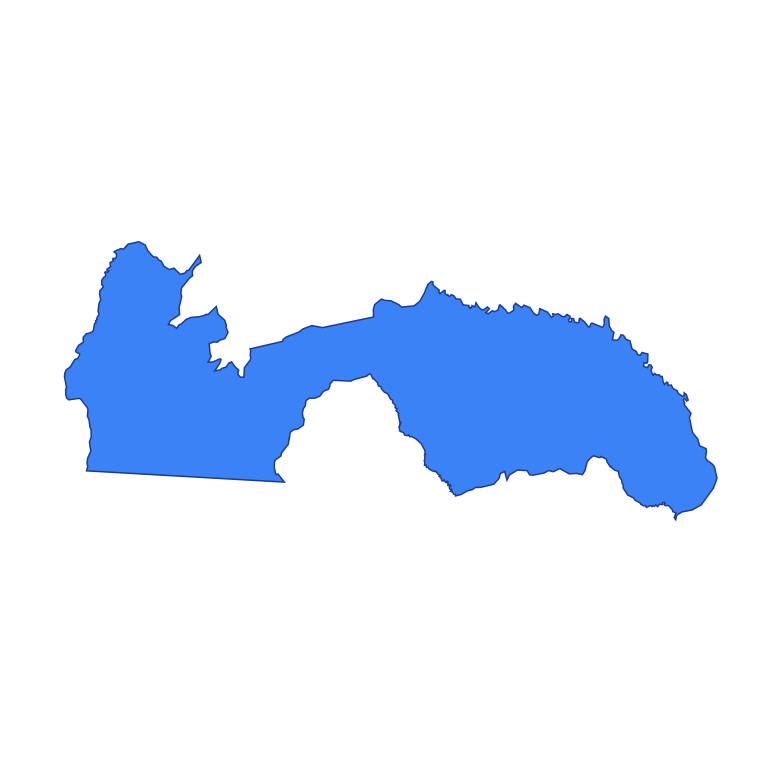 São Félix do Araguaia, Mato Grosso, Brazil, rotated 172°
{"feature_id": "56859067B54991290304343", "entity_name": "São Félix do Araguaia", "entity_type": "district", "adm_level": 2, "iso_a3": "BRA", "parent_name": "Brazil", "parent_adm1": "Mato Grosso", "projection": "robinson", "projection_center": [-52.053, -11.478], "detail": "fine", "context": "isolated", "style": "filled", "palette": "blue", "viewbox_px": 768, "rotation_deg": 172, "n_neighbors": 0, "source": "geoboundaries", "source_scale": "gbopen_adm2", "svg_char_len": 6141}
<svg xmlns="http://www.w3.org/2000/svg" viewBox="0 0 768 768"><g transform="rotate(172 384 384)"><path d="M698.4,412.2L688.2,412.2L686.6,411.5L681.2,402.1L680.7,399.8L682.2,393.3L681.1,389.8L681.2,382.5L680.5,379.3L681.2,372.5L683.8,367.5L683.7,358.2L687.6,352.1L689.1,347.2L688.9,343.5L690.6,339.4L496.3,300.7L501.5,309.6L503.2,309.2L503.7,310.0L504.3,316.9L503.3,322.1L502.1,324.0L496.2,327.0L494.9,330.2L487.2,337.6L483.5,349.3L479.9,351.3L475.4,351.5L469.6,354.5L467.9,360.1L468.9,362.9L468.8,366.8L467.3,370.8L465.0,373.3L463.6,378.4L460.0,380.3L454.3,379.6L449.3,380.9L444.9,385.2L439.8,386.5L437.9,389.3L437.5,391.6L433.7,394.7L416.5,391.5L412.7,392.7L400.3,394.2L397.0,396.0L395.6,395.1L394.2,390.6L393.2,390.5L390.2,386.0L389.8,382.8L387.5,381.8L387.0,379.3L384.8,375.9L381.8,373.9L379.5,367.9L377.6,366.6L378.1,364.5L375.6,361.1L376.3,359.0L374.5,357.6L375.8,356.1L373.5,352.6L374.1,351.6L373.7,344.5L372.7,343.9L373.1,342.6L373.6,343.3L374.4,339.7L375.1,339.7L374.8,335.0L371.5,333.2L370.5,330.4L367.5,329.5L366.5,330.2L365.9,328.2L364.1,328.2L360.2,325.4L355.5,319.9L353.0,313.2L352.7,310.2L353.5,308.9L352.7,308.5L353.9,307.2L353.6,305.2L354.9,302.1L354.4,300.8L355.2,297.9L353.6,298.1L353.5,295.5L352.1,295.6L351.4,293.9L348.5,291.4L345.7,290.1L344.9,290.6L343.1,287.2L341.0,285.7L342.3,284.9L340.8,283.3L340.0,279.9L338.4,279.8L337.9,280.6L336.5,277.9L335.7,277.7L335.3,278.9L334.1,278.0L335.0,275.0L332.5,274.9L332.0,273.7L333.5,274.0L333.7,273.2L333.6,271.1L332.8,270.1L331.6,270.3L331.6,269.2L333.1,268.4L331.4,267.8L330.1,265.1L328.7,264.6L328.8,263.2L322.8,263.9L316.5,266.5L310.9,267.2L307.9,268.8L302.9,268.2L289.2,269.5L283.1,274.6L281.3,279.1L276.7,280.6L275.6,271.7L272.4,276.5L264.0,280.2L254.4,278.3L252.3,273.7L248.8,273.0L237.5,273.6L233.2,275.4L228.6,273.6L221.7,275.8L213.0,269.2L206.1,268.7L200.2,266.6L197.3,269.8L193.6,278.7L190.1,281.9L186.5,283.7L181.1,281.2L179.7,281.2L179.3,282.0L174.3,278.8L174.0,275.9L171.6,270.8L170.9,271.0L170.9,270.1L167.5,266.5L164.2,265.1L163.7,259.1L162.0,255.8L162.1,252.9L161.0,250.5L161.7,247.9L158.1,240.1L152.9,236.6L151.7,234.2L146.6,230.2L146.5,229.2L143.9,227.2L142.2,227.3L141.3,225.3L137.0,226.6L135.6,225.3L134.8,226.1L133.1,225.2L131.7,226.5L130.2,224.5L127.8,226.6L125.3,225.9L124.6,227.8L122.9,227.8L122.2,227.0L123.5,225.9L122.5,224.4L119.1,224.1L116.1,219.5L115.7,217.3L112.8,215.8L115.2,211.4L114.0,209.0L112.4,213.3L106.9,215.8L96.4,216.4L86.7,220.1L72.3,235.0L67.4,244.1L68.3,256.0L70.4,259.4L74.6,263.4L75.9,266.3L74.0,272.5L74.1,275.1L80.1,279.0L80.9,285.8L85.3,293.2L86.2,308.2L84.1,312.3L89.6,321.9L88.9,322.8L89.7,326.9L88.9,327.7L87.8,327.5L86.8,325.0L85.0,325.7L86.1,331.4L88.0,333.5L88.4,330.7L90.0,330.3L94.1,333.8L94.5,336.5L98.4,339.3L99.7,343.0L102.8,343.2L102.8,346.0L103.7,346.5L106.4,344.5L107.3,347.3L107.4,352.8L109.2,353.0L110.3,354.9L112.3,354.9L114.8,356.9L116.0,355.2L116.7,355.5L117.7,360.3L116.0,363.1L117.2,365.8L119.2,366.0L120.8,363.5L124.1,365.1L124.3,366.0L123.6,368.7L120.9,368.0L119.8,369.3L118.5,376.9L124.1,379.3L126.4,376.8L128.9,377.9L129.5,380.9L133.5,384.4L134.4,392.4L138.1,394.6L140.0,398.8L142.4,399.8L145.1,396.0L147.3,394.8L151.7,396.0L149.1,403.1L151.1,405.2L152.9,410.1L152.3,417.6L155.1,420.4L156.9,418.0L157.7,412.3L158.8,410.4L160.2,410.0L169.1,415.1L170.4,415.2L172.4,412.0L173.6,412.1L176.6,417.4L180.7,421.8L181.4,421.6L182.3,418.2L183.5,417.6L186.8,418.9L187.1,422.3L189.3,422.9L189.5,419.7L191.8,419.7L192.3,421.7L190.7,423.4L190.4,425.1L193.1,427.5L195.6,425.7L197.5,425.7L201.9,429.3L204.6,429.0L207.1,430.0L207.0,427.4L209.0,426.8L212.2,432.5L219.2,436.9L221.0,431.6L223.4,430.8L226.1,433.5L228.9,439.4L234.5,442.6L236.5,440.7L237.9,441.3L242.4,445.6L244.9,443.1L245.3,438.9L250.1,436.8L251.7,436.9L253.5,440.7L258.0,446.2L258.8,446.0L260.9,441.3L264.4,440.3L266.5,441.5L271.0,439.1L273.3,440.5L269.2,443.7L270.8,445.9L275.0,443.6L277.2,444.2L279.3,446.7L281.6,451.6L283.4,447.7L285.9,449.4L286.8,447.4L288.1,447.0L287.9,447.9L289.2,448.1L289.0,449.9L294.6,451.3L296.6,457.3L300.8,458.3L302.4,461.5L305.0,463.2L306.6,461.7L307.7,462.0L308.4,463.6L308.9,463.1L310.2,464.0L310.9,465.5L310.4,467.6L311.3,468.4L316.2,465.6L316.9,467.9L316.2,469.2L320.5,473.8L321.8,475.9L321.3,478.3L322.8,479.0L326.8,476.4L331.4,468.4L337.2,460.8L343.4,457.2L355.8,457.7L358.4,460.6L365.5,465.4L371.5,466.7L374.9,468.4L382.2,463.9L384.3,459.0L385.0,451.8L437.0,448.4L447.4,451.9L456.5,449.8L461.0,447.3L474.5,444.1L477.7,442.1L478.6,440.3L511.8,437.4L511.3,435.9L512.6,430.7L512.2,428.5L513.3,426.2L520.0,419.5L521.8,410.3L525.1,410.7L527.2,413.4L526.8,416.7L526.0,417.4L526.4,418.6L529.4,422.1L531.8,427.1L534.5,426.5L537.9,422.8L542.5,422.0L544.3,420.8L549.8,420.6L544.0,427.1L541.9,431.0L543.3,431.7L550.5,429.6L555.1,430.1L551.2,435.6L552.0,438.0L551.5,448.2L546.9,449.4L543.3,448.6L540.7,450.2L535.3,451.1L531.3,456.8L532.5,462.1L532.0,464.0L532.8,469.2L538.6,476.1L539.3,484.1L548.5,477.4L551.0,477.7L552.6,476.8L557.4,476.4L566.2,476.8L571.2,475.4L576.0,471.8L578.4,471.3L581.7,468.1L585.0,471.5L589.2,472.8L586.6,476.5L576.8,481.1L576.3,488.2L572.2,498.6L572.6,502.1L571.1,507.3L561.7,516.1L558.4,517.8L558.4,521.1L557.6,523.2L554.1,526.9L548.1,529.8L548.7,537.0L561.4,523.9L563.6,523.6L565.6,521.6L570.5,521.0L575.9,528.0L580.6,527.2L585.4,531.0L587.6,536.8L589.7,538.0L591.3,541.1L594.6,542.0L596.4,544.2L599.4,549.0L601.2,555.0L606.9,559.0L618.0,558.1L623.3,553.6L625.5,554.8L632.3,552.9L632.9,552.3L631.2,550.5L630.9,548.6L631.5,546.7L632.9,545.5L634.7,546.2L635.3,545.3L634.7,543.6L638.5,542.3L638.5,538.2L642.3,536.3L642.5,535.0L640.8,534.4L642.0,533.0L644.3,533.9L645.0,533.3L644.4,531.2L645.0,529.1L646.7,528.7L649.1,526.0L649.7,521.5L648.7,520.4L648.7,519.0L652.3,516.0L653.1,512.8L652.9,506.8L654.9,503.6L657.1,495.8L656.4,493.0L659.5,488.8L659.3,487.6L660.9,486.6L660.7,484.8L662.2,484.1L664.5,477.2L666.6,475.8L671.9,475.1L675.4,472.1L675.9,467.3L681.0,464.8L684.9,459.7L684.5,458.5L681.2,456.1L681.8,454.3L683.7,452.0L687.0,451.2L692.2,444.6L696.6,442.3L698.6,439.2L699.4,435.7L698.9,424.4L700.0,422.9L700.6,417.6L700.2,414.2L698.4,412.2Z" fill="#3b82f6" stroke="#1e3a8a" stroke-width="1.5"/></g></svg>